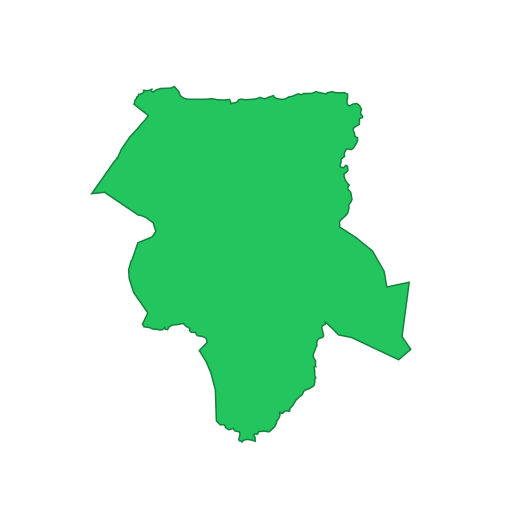 outline of Kwaya Kusar, Borno, Nigeria, rotated 197°
{"feature_id": "59680162B43497988326934", "entity_name": "Kwaya Kusar", "entity_type": "district", "adm_level": 2, "iso_a3": "NGA", "parent_name": "Nigeria", "parent_adm1": "Borno", "projection": "orthographic", "projection_center": [11.874, 10.484], "detail": "fine", "context": "isolated", "style": "filled", "palette": "green", "viewbox_px": 512, "rotation_deg": 197, "n_neighbors": 0, "source": "geoboundaries", "source_scale": "gbopen_adm2", "svg_char_len": 3947}
<svg xmlns="http://www.w3.org/2000/svg" viewBox="0 0 512 512"><g transform="rotate(197 256 256)"><path d="M215.0,74.0L214.6,75.2L213.4,76.6L210.9,78.0L206.6,78.7L202.5,78.6L203.2,80.0L203.6,81.8L204.4,82.8L206.0,84.1L204.9,85.6L202.7,85.9L202.2,86.9L202.2,88.7L200.8,89.4L199.2,89.9L197.4,90.9L195.7,91.1L194.0,91.4L192.3,91.5L190.9,93.6L189.7,95.5L188.2,98.3L187.7,101.5L187.7,104.3L187.0,106.6L186.6,108.7L186.5,110.7L187.7,112.8L187.4,113.6L185.7,112.9L184.6,113.2L183.6,115.1L182.6,116.6L181.0,117.0L179.3,117.0L178.4,117.8L179.1,119.3L178.2,121.5L177.1,123.8L176.4,126.7L175.8,129.4L175.0,130.9L173.6,133.5L172.5,135.0L171.3,136.7L171.0,138.7L170.9,140.4L169.8,142.0L168.5,143.3L166.7,144.3L165.2,145.9L164.2,147.1L163.3,148.1L162.6,149.4L162.8,150.7L162.9,152.6L163.1,153.7L163.7,154.3L163.7,155.5L163.2,157.2L164.7,158.4L166.7,164.5L168.1,166.3L167.8,167.3L166.4,167.6L166.7,168.1L167.3,168.9L167.6,170.7L168.2,171.6L168.2,172.9L168.9,173.7L170.0,174.6L171.6,176.1L172.5,178.7L172.1,182.7L172.0,186.1L171.5,188.3L172.5,190.3L172.7,193.0L172.0,195.1L170.2,196.5L168.8,197.3L168.0,198.9L168.4,200.4L169.3,201.8L170.0,203.0L170.4,203.9L171.0,204.7L171.9,206.0L172.4,208.0L171.5,209.2L169.9,210.7L170.5,213.2L159.9,208.0L154.0,204.7L140.7,206.0L89.2,198.5L80.7,212.0L92.8,221.6L101.8,275.7L121.7,264.7L123.1,267.0L128.9,278.7L146.0,294.8L166.0,302.9L184.6,308.2L184.9,310.2L186.2,312.7L185.5,315.1L183.1,319.0L182.0,320.9L180.7,324.0L181.0,325.4L181.1,329.1L182.3,332.2L181.2,334.9L180.7,338.1L182.4,341.3L184.0,344.6L187.8,347.0L188.2,349.2L187.5,351.0L189.5,352.1L192.7,354.6L195.0,357.7L195.8,360.3L193.9,362.6L193.1,364.9L194.9,368.7L196.6,369.0L198.1,366.1L200.7,365.7L202.1,366.9L202.0,370.6L203.0,373.4L202.0,375.0L200.4,377.1L201.6,379.8L201.0,384.5L199.0,385.3L196.0,385.6L194.5,387.3L193.2,392.3L192.6,396.1L193.4,398.8L196.4,399.3L197.7,402.3L199.8,404.6L200.2,407.0L197.9,409.6L195.6,412.2L197.2,417.6L194.6,419.6L195.1,421.0L197.2,422.2L198.0,424.2L198.0,427.1L201.0,430.2L204.3,431.3L207.6,429.7L210.4,426.9L212.7,427.4L214.3,430.5L214.5,433.3L215.7,437.6L219.5,438.0L223.4,436.6L227.6,435.5L231.3,435.4L235.6,432.9L236.3,431.5L244.1,430.7L246.6,430.8L250.1,427.9L253.1,426.8L258.0,425.3L259.7,423.5L262.9,423.5L265.2,421.8L267.7,419.5L271.2,417.7L274.1,414.5L278.1,413.1L282.9,412.6L285.0,413.3L286.2,414.5L290.8,411.2L293.2,409.0L296.5,408.7L298.6,408.9L301.1,406.8L303.7,405.4L309.1,403.4L310.7,402.6L316.3,401.6L318.2,400.4L319.4,397.4L324.6,394.4L325.6,396.4L327.3,397.9L332.2,395.8L338.9,394.1L344.0,393.6L348.8,391.6L354.0,389.9L362.6,387.3L367.7,385.8L371.7,385.9L375.3,387.2L378.1,390.8L383.6,394.2L386.5,391.7L396.0,388.4L400.1,385.6L402.4,382.6L404.0,383.1L404.4,385.0L406.1,383.4L409.0,382.1L411.0,381.8L412.1,381.5L412.0,381.0L411.3,380.6L411.3,379.6L412.1,378.5L413.2,377.5L415.4,376.3L415.5,375.2L415.5,374.2L416.4,373.4L416.3,372.4L416.5,371.3L417.3,369.7L417.2,368.3L416.9,367.0L417.2,365.5L400.1,358.9L401.6,354.0L403.7,349.9L406.3,343.7L411.6,332.6L416.0,318.3L417.0,309.7L417.3,309.6L417.3,309.0L417.6,308.9L417.6,308.3L419.3,304.6L431.3,267.6L419.5,272.6L380.4,260.7L378.5,261.2L372.3,260.6L364.1,257.7L359.0,250.2L360.8,244.0L372.8,234.2L373.4,216.8L374.0,214.4L373.8,205.5L370.4,196.9L362.2,185.2L343.2,170.3L342.9,169.1L344.7,157.7L342.5,155.6L336.4,156.4L333.7,155.9L329.9,156.8L326.2,157.2L323.7,158.3L322.4,161.0L321.3,159.4L319.0,159.7L318.4,162.7L317.1,164.2L315.5,165.8L311.7,167.1L305.8,170.2L302.4,168.4L298.2,167.5L297.8,165.2L295.5,164.1L291.7,165.2L288.9,162.7L283.2,163.4L279.7,162.8L277.4,159.1L282.6,149.0L272.8,140.4L264.9,131.0L255.6,115.8L245.7,86.8L242.6,85.1L241.7,84.6L240.7,84.0L239.9,84.4L239.4,84.6L237.7,85.1L236.8,85.2L235.6,84.2L235.1,83.1L233.7,82.6L231.5,81.9L230.1,82.4L228.7,83.5L227.5,84.5L226.4,83.5L225.0,82.6L222.2,82.8L220.4,82.9L219.3,81.3L219.1,79.7L218.9,77.4L218.8,75.6L217.9,74.4L216.7,74.7L215.0,74.0Z" fill="#22c55e" stroke="#15803d" stroke-width="1.5"/></g></svg>